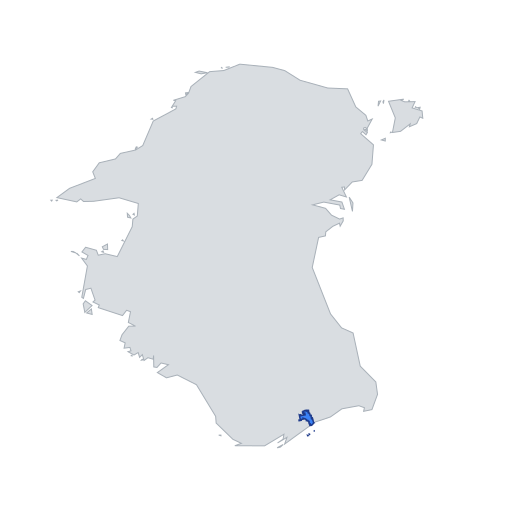 Greater Geraldton, Western Australia, Australia shown in context, rotated 259°
{"feature_id": "25037944B20957215446412", "entity_name": "Greater Geraldton", "entity_type": "district", "adm_level": 2, "iso_a3": "AUS", "parent_name": "Australia", "parent_adm1": "Western Australia", "projection": "natural_earth1", "projection_center": [114.652, -28.44], "detail": "fine", "context": "in_parent", "style": "filled", "palette": "blue", "viewbox_px": 512, "rotation_deg": 259, "n_neighbors": 0, "source": "geoboundaries", "source_scale": "gbopen_adm2", "svg_char_len": 6018}
<svg xmlns="http://www.w3.org/2000/svg" viewBox="0 0 512 512"><g transform="rotate(259 256 256)"><path d="M358.0,85.9L362.8,113.1L369.8,111.8L377.4,119.9L378.1,136.6L382.6,142.4L383.0,157.9L386.0,165.9L408.1,180.9L415.7,205.4L418.2,206.7L419.0,202.3L423.7,206.8L424.6,204.6L425.9,217.0L428.6,220.8L434.8,224.6L445.8,245.7L444.2,259.8L447.4,276.7L438.0,308.3L432.4,319.7L420.1,332.8L407.2,358.5L402.6,377.8L383.3,382.4L373.1,390.7L367.2,391.5L368.3,396.2L359.9,389.3L361.4,387.7L361.0,386.0L359.3,385.9L356.0,388.9L354.0,387.1L357.9,384.2L356.1,382.1L342.7,392.5L323.9,387.3L310.0,374.6L310.3,364.6L304.0,355.6L306.9,356.0L307.1,353.3L296.7,356.0L300.2,349.3L297.0,339.5L292.6,350.6L285.0,351.7L286.5,348.0L290.0,348.0L296.0,332.8L295.4,321.3L289.5,333.4L281.7,337.9L276.3,345.1L276.8,348.8L273.8,348.3L269.2,344.3L272.3,344.2L270.5,337.1L266.4,329.1L262.5,328.0L262.3,321.0L234.0,309.0L184.9,318.1L169.1,326.3L161.9,336.6L128.0,337.3L109.5,349.6L97.0,348.9L83.1,340.5L83.0,332.0L86.4,333.5L89.4,328.4L89.6,311.2L83.8,298.3L81.7,282.1L65.9,248.2L72.1,251.8L68.4,241.5L71.0,247.6L75.7,249.4L68.0,228.2L73.8,199.0L74.9,205.9L80.4,198.4L99.6,185.0L106.3,185.8L141.0,173.0L154.2,156.0L153.5,144.9L160.4,136.9L166.0,149.3L169.1,142.4L165.5,137.5L166.6,134.5L177.9,136.5L174.3,135.4L176.8,130.5L174.8,126.2L180.9,125.6L178.7,122.4L183.7,121.9L182.1,117.3L186.5,112.1L186.8,115.2L190.3,114.8L190.7,108.9L195.7,111.0L199.0,106.3L204.3,109.5L211.4,117.7L210.1,124.3L215.1,118.0L225.3,122.2L227.4,118.6L223.0,113.6L235.4,91.3L237.8,92.8L242.0,87.2L243.4,89.6L255.9,87.8L255.6,82.4L247.3,78.5L248.7,77.1L278.4,88.6L287.2,84.4L285.0,88.8L288.6,91.2L293.2,85.9L297.1,90.4L292.1,100.4L286.9,101.3L287.0,108.4L281.9,119.7L308.4,140.1L315.7,142.2L317.9,147.1L330.0,150.5L339.3,132.7L340.7,106.9L342.4,97.1L345.5,94.8L343.3,90.4L351.3,71.7L358.0,85.9ZM351.2,413.5L365.0,419.1L382.6,415.6L381.8,431.0L381.0,428.2L378.9,431.5L377.2,441.6L371.6,437.5L366.7,446.7L359.4,446.0L361.2,443.4L355.3,439.0L353.6,431.2L356.3,432.6L350.8,421.7L351.2,413.5ZM233.3,77.2L242.0,77.2L244.6,80.0L238.7,85.6L233.3,77.2ZM281.4,359.2L296.0,358.7L289.6,361.3L281.4,359.2ZM294.4,106.9L296.1,112.5L290.6,111.6L291.6,107.6L294.4,106.9ZM445.2,243.3L445.3,236.9L447.8,231.6L448.4,235.4L445.2,243.3ZM379.8,404.4L384.5,405.8L384.4,407.9L379.8,404.4ZM232.4,78.9L235.4,84.3L229.9,84.0L232.4,78.9ZM346.9,405.4L344.2,404.8L346.0,401.2L346.9,405.4ZM322.5,137.8L319.9,139.5L317.2,140.4L318.6,137.3L322.5,137.8ZM65.8,246.7L63.8,243.6L63.6,240.7L63.9,240.6L65.8,246.7ZM383.1,410.0L384.8,411.4L381.3,410.2L383.1,410.0ZM427.6,217.9L429.6,217.9L429.4,220.7L427.6,217.9ZM383.7,157.6L386.0,159.3L385.5,160.3L383.7,157.6ZM370.8,443.0L370.7,445.5L369.0,444.7L370.8,443.0ZM447.0,262.2L446.8,265.7L446.6,265.6L447.0,262.2ZM255.2,77.0L253.8,75.5L254.8,74.7L255.2,77.0ZM295.4,77.3L293.2,80.0L295.8,75.2L295.4,77.3ZM447.6,258.0L446.6,259.1L447.3,257.9L447.6,258.0ZM297.3,128.1L296.1,128.7L296.8,127.3L297.3,128.1ZM290.2,106.8L288.7,107.1L289.6,105.4L290.2,106.8ZM87.3,185.2L86.9,187.4L86.2,187.3L87.3,185.2ZM348.8,70.4L348.7,72.3L348.1,70.9L348.8,70.4ZM359.3,386.8L359.5,388.0L359.0,387.6L359.3,386.8ZM292.7,80.8L289.8,82.7L292.7,80.3L292.7,80.8ZM182.3,114.6L181.3,115.9L181.9,114.4L182.3,114.6ZM372.1,441.2L371.1,441.7L371.7,440.7L372.1,441.2ZM321.1,144.4L319.5,144.4L320.4,143.2L321.1,144.4ZM176.4,124.6L175.6,125.4L175.6,123.6L176.4,124.6ZM379.6,435.9L378.3,436.6L378.8,435.3L379.6,435.9ZM349.9,65.3L349.7,66.6L348.9,65.9L349.9,65.3ZM358.4,388.4L359.5,389.5L357.5,389.2L358.4,388.4ZM410.9,180.7L409.9,180.8L410.4,179.3L410.9,180.7ZM418.1,202.1L417.5,202.1L418.0,200.9L418.1,202.1ZM352.0,411.7L351.6,412.6L351.4,411.4L352.0,411.7Z" fill="#d9dde1" stroke="#a8b0b8" stroke-width="1"/><path d="M79.4,276.6L79.4,276.8L79.4,277.0L79.5,277.2L79.5,277.3L79.5,277.6L79.4,277.7L79.4,277.8L79.4,277.7L79.4,277.8L79.2,277.9L79.3,277.8L79.2,277.8L79.2,278.0L79.3,278.0L79.5,278.2L79.5,278.4L79.6,278.5L79.6,278.8L79.6,279.0L80.2,279.8L80.5,280.0L80.7,280.3L80.8,280.4L80.9,280.5L81.0,280.6L81.2,280.9L81.3,280.9L81.3,281.0L81.8,280.7L82.0,280.7L84.0,280.6L84.4,280.6L84.4,280.4L84.8,280.4L85.0,280.2L85.0,280.5L85.6,280.5L85.6,280.4L86.3,280.4L86.3,279.8L86.6,279.8L86.6,279.5L88.7,279.5L88.7,279.8L88.8,279.8L88.8,280.0L88.9,279.8L89.0,279.8L89.0,279.7L89.1,278.8L89.5,278.8L89.5,278.7L90.0,278.7L90.7,278.7L91.4,278.6L91.4,278.2L91.8,278.2L92.1,278.0L92.1,277.6L92.4,277.6L92.4,277.3L93.0,277.3L93.0,277.6L93.3,277.6L93.3,278.0L94.5,278.1L94.7,277.2L94.1,277.2L94.1,275.9L94.7,275.9L95.0,275.8L95.0,274.6L94.7,274.6L94.7,272.8L94.1,272.8L94.1,271.9L93.0,271.9L93.0,272.3L92.1,272.3L92.1,272.8L91.9,272.8L91.9,273.1L92.5,273.1L92.5,273.9L91.2,273.9L90.8,273.9L90.7,273.9L90.7,269.2L91.2,269.2L91.2,269.7L91.7,269.7L91.7,268.9L91.5,268.3L91.6,268.2L90.3,268.2L90.0,268.2L88.4,268.2L88.2,268.2L88.1,268.3L87.2,268.3L86.7,268.3L86.7,266.9L86.1,266.9L86.1,267.8L86.4,267.8L86.4,268.3L86.1,268.3L86.1,269.0L86.9,269.0L86.9,271.2L87.0,271.2L87.0,271.5L87.2,271.3L87.8,271.3L87.7,271.5L87.5,271.8L87.3,271.9L87.3,272.0L87.3,272.3L87.2,272.5L86.9,272.8L86.7,272.9L86.6,273.0L86.6,273.3L86.6,273.5L86.4,273.7L86.2,273.7L86.1,273.8L85.9,273.8L85.7,273.9L85.8,274.0L85.7,274.1L85.6,274.3L85.4,274.3L85.4,274.2L85.2,274.1L84.9,274.1L85.0,274.3L85.0,274.5L84.9,274.7L84.8,274.8L84.7,275.0L84.7,275.3L84.4,275.3L84.4,275.5L84.2,275.7L84.0,275.8L83.9,275.8L83.9,276.0L83.8,276.3L83.7,276.4L83.5,276.5L83.3,276.5L83.3,276.4L82.8,276.4L82.8,276.2L81.6,276.2L81.6,276.3L81.2,276.4L80.9,276.4L80.8,276.5L80.6,276.5L80.6,276.8L80.8,276.8L80.8,277.1L80.7,277.1L80.7,277.3L80.2,277.3L80.2,277.2L79.9,277.1L79.9,276.7L79.7,276.6L79.4,276.6ZM70.7,274.3L70.7,274.5L70.8,274.5L70.8,274.4L70.9,274.2L70.7,274.2L70.7,274.3L70.7,274.3ZM71.0,274.1L71.2,273.9L71.0,274.1ZM73.3,279.9L73.2,280.0L73.3,280.2L73.3,279.9L73.3,279.7L73.5,279.6L73.6,279.4L73.5,279.5L73.4,279.6L73.3,279.9ZM69.8,272.4L69.8,272.5L69.9,272.4L69.8,272.4ZM71.5,274.5L71.5,274.4L71.5,274.5Z" fill="#3b82f6" stroke="#1e3a8a" stroke-width="1.5"/></g></svg>